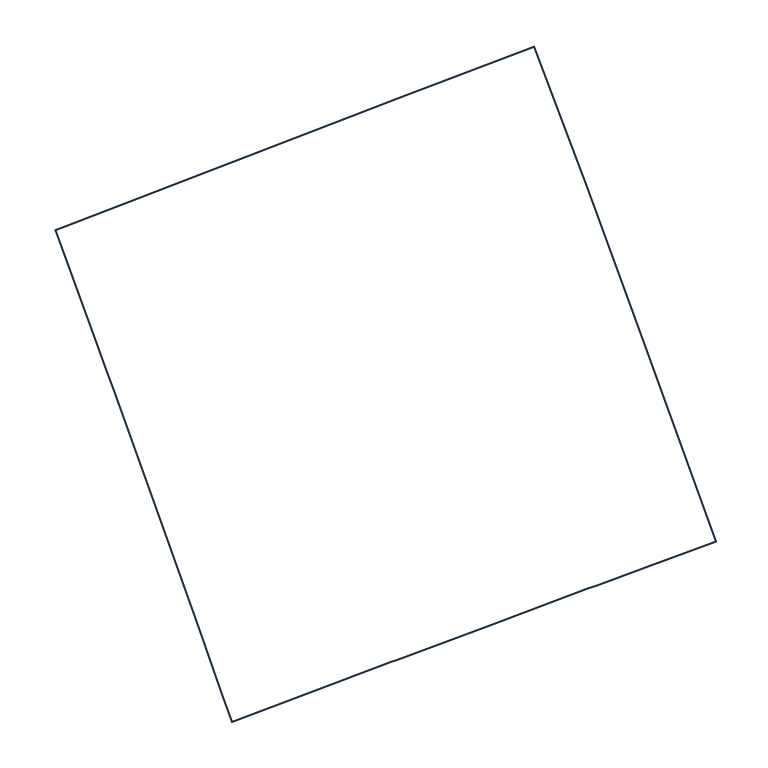 Elkhart, Indiana, United States of America, rotated 250°
{"feature_id": "52423323B1645348206276", "entity_name": "Elkhart", "entity_type": "district", "adm_level": 2, "iso_a3": "USA", "parent_name": "United States of America", "parent_adm1": "Indiana", "projection": "robinson", "projection_center": [-85.898, 41.598], "detail": "fine", "context": "isolated", "style": "outline", "palette": "slate", "viewbox_px": 768, "rotation_deg": 250, "n_neighbors": 0, "source": "geoboundaries", "source_scale": "gbopen_adm2", "svg_char_len": 502}
<svg xmlns="http://www.w3.org/2000/svg" viewBox="0 0 768 768"><g transform="rotate(250 384 384)"><path d="M649.6,640.4L647.8,502.9L640.9,127.9L556.9,127.9L523.9,127.9L523.2,127.9L492.7,127.8L491.4,127.8L470.2,128.0L365.6,127.5L361.7,127.5L343.9,127.4L232.1,126.7L210.9,126.5L146.4,125.6L118.4,125.6L119.9,252.9L120.0,255.9L120.5,295.9L120.2,300.3L120.9,402.4L122.2,505.9L121.8,513.8L122.2,573.2L122.4,642.1L347.7,642.4L499.9,642.2L649.6,640.4Z" fill="none" stroke="#1e293b" stroke-width="2"/></g></svg>